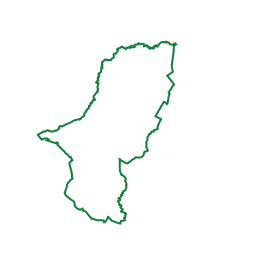 outline of Tancanhuitz, San Luis Potosí, Mexico, rotated 48°
{"feature_id": "50627088B4540713417928", "entity_name": "Tancanhuitz", "entity_type": "district", "adm_level": 2, "iso_a3": "MEX", "parent_name": "Mexico", "parent_adm1": "San Luis Potosí", "projection": "mercator", "projection_center": [-98.957, 21.641], "detail": "fine", "context": "isolated", "style": "outline", "palette": "green", "viewbox_px": 256, "rotation_deg": 48, "n_neighbors": 0, "source": "geoboundaries", "source_scale": "gbopen_adm2", "svg_char_len": 5699}
<svg xmlns="http://www.w3.org/2000/svg" viewBox="0 0 256 256"><g transform="rotate(48 128 128)"><path d="M97.8,37.4L97.4,37.7L97.2,37.1L97.5,36.4L97.3,36.3L96.8,36.2L96.3,37.0L96.2,37.9L96.2,38.8L96.0,39.2L93.6,40.9L93.3,40.9L92.3,40.4L91.7,40.5L90.4,41.9L90.0,41.7L89.6,41.7L89.6,41.9L89.8,42.1L89.4,43.1L88.6,43.1L86.8,45.4L86.5,46.8L86.5,47.9L86.8,49.9L87.3,51.3L85.7,51.5L85.8,51.9L86.3,52.3L86.3,52.5L86.1,52.8L84.9,52.9L84.8,53.6L85.4,53.9L85.0,55.1L86.0,55.5L85.4,56.5L84.7,56.3L84.1,56.9L84.0,57.4L84.2,58.1L84.0,58.3L83.6,57.5L83.0,57.5L82.8,57.8L82.9,58.7L82.6,58.9L82.2,58.2L81.4,58.3L80.8,58.9L80.5,58.3L79.7,58.5L78.8,59.1L79.0,59.5L78.8,60.3L78.4,60.3L78.0,60.7L77.8,61.3L76.6,60.0L76.1,60.2L75.9,60.5L75.3,60.8L74.9,61.2L74.7,62.2L73.3,62.6L72.2,63.5L72.0,63.8L72.0,64.1L72.8,64.4L71.1,66.5L70.6,67.8L71.3,68.8L72.2,68.5L72.1,69.6L69.1,70.3L69.1,70.7L69.9,70.3L70.3,70.3L70.6,70.5L70.4,72.0L69.3,72.2L68.8,72.7L69.2,73.3L68.6,73.5L68.3,73.8L68.2,74.5L67.5,75.1L67.8,76.4L67.7,77.0L65.9,77.2L65.3,77.8L64.7,77.9L64.0,77.8L63.4,78.1L63.2,78.8L63.1,81.0L62.7,81.4L62.2,82.3L62.1,82.9L62.3,83.4L62.8,83.4L63.3,83.2L63.7,83.4L64.0,84.2L64.0,85.8L64.5,86.2L64.6,86.7L64.5,87.5L63.6,88.5L63.5,89.2L63.7,89.5L64.6,90.0L65.3,90.8L65.9,90.9L66.1,92.4L65.6,93.4L65.6,93.8L66.2,94.9L65.7,95.7L65.2,95.9L64.8,96.5L64.8,96.9L64.6,97.2L63.7,97.5L63.8,97.9L63.6,98.1L63.2,98.1L62.4,98.6L62.2,99.1L61.7,99.5L61.6,100.1L61.9,100.6L62.1,102.6L61.6,103.1L61.7,103.4L62.6,104.1L63.6,104.4L63.7,104.7L63.5,104.9L63.7,105.5L64.2,105.6L64.7,105.5L64.9,105.8L64.9,107.1L65.3,107.6L65.6,107.7L66.4,107.2L66.5,107.6L66.2,108.1L66.5,108.5L66.9,108.9L67.0,109.3L67.3,109.7L68.0,110.3L68.4,111.1L67.9,112.7L67.8,113.3L68.0,113.8L68.5,113.7L69.7,114.5L70.0,114.7L69.8,115.4L70.6,115.7L70.5,116.7L70.7,117.2L71.0,117.4L71.1,117.2L71.5,117.3L71.7,117.8L72.1,117.8L72.7,118.1L72.8,118.4L72.4,118.9L72.5,119.4L72.8,119.8L72.7,121.0L72.8,121.2L73.1,121.1L73.3,120.3L73.6,120.1L74.0,120.1L74.4,120.6L74.7,120.5L74.7,120.2L75.1,120.1L75.5,121.0L76.7,122.6L77.0,123.3L79.0,124.2L79.3,125.1L80.9,126.3L80.9,126.5L80.4,126.6L81.4,132.3L82.1,133.0L83.4,133.6L84.7,133.5L85.0,133.8L84.9,134.3L84.5,134.6L83.9,134.6L83.7,134.8L83.8,135.0L84.2,135.2L84.4,135.7L84.3,136.9L85.0,137.5L84.6,137.9L84.5,138.4L85.1,138.5L85.2,138.8L84.6,139.3L84.6,139.6L85.4,140.2L86.0,140.9L85.8,142.0L85.5,142.2L87.2,144.1L86.8,145.0L86.7,146.1L87.2,146.8L87.0,147.2L87.0,147.4L87.1,147.6L87.8,147.8L87.9,148.1L87.7,148.4L87.6,148.9L88.0,149.9L87.9,150.5L88.4,150.9L88.7,151.6L89.5,152.2L89.2,152.5L89.6,153.1L89.1,155.7L89.5,156.5L89.3,156.8L89.5,157.3L89.1,158.0L89.2,158.3L88.9,158.4L88.6,159.0L87.8,159.7L87.8,160.2L86.0,163.6L85.7,166.4L83.8,171.6L83.5,173.4L82.8,175.2L82.6,176.3L81.6,176.7L81.1,177.1L80.9,177.7L81.4,178.8L82.3,179.4L82.1,182.8L81.9,183.0L81.4,183.3L81.2,184.4L80.8,184.9L80.3,186.6L79.6,186.9L78.0,188.4L76.1,189.0L75.5,189.9L75.3,192.0L74.2,192.8L72.7,199.5L74.9,199.8L78.8,199.9L78.7,199.4L79.3,198.4L79.6,197.6L80.6,196.5L81.0,195.6L83.4,194.5L83.6,194.9L83.1,196.4L90.9,191.9L90.7,191.3L90.9,190.7L92.3,190.2L92.7,190.6L93.2,191.7L97.2,191.4L99.8,191.4L101.3,191.1L103.3,191.0L105.2,191.3L106.3,190.8L110.9,190.8L111.1,190.0L111.3,190.0L114.8,191.0L114.4,191.9L114.6,192.5L114.5,193.0L114.7,194.2L115.0,195.3L123.3,199.6L123.6,200.2L124.5,200.3L126.6,202.2L128.6,203.1L128.3,204.3L128.3,206.3L128.7,207.9L128.6,209.0L128.8,209.9L129.4,211.2L130.7,212.7L132.3,215.7L133.1,216.8L133.8,218.5L134.0,218.6L135.9,219.2L137.7,219.2L143.5,218.2L145.8,217.5L147.7,217.7L149.9,219.6L151.6,219.8L154.2,219.5L155.8,218.7L156.8,218.4L157.5,215.7L159.6,216.7L161.6,215.4L162.2,215.3L166.7,215.6L171.4,215.8L171.5,215.0L176.0,212.7L178.2,209.9L179.8,208.8L180.3,208.1L182.1,208.9L182.5,208.5L182.2,206.2L181.2,203.2L180.6,202.4L181.0,202.1L182.0,202.3L184.6,201.9L185.6,202.3L190.3,199.9L193.3,198.1L193.9,197.6L192.5,195.6L193.0,194.4L193.6,193.9L194.4,191.9L193.0,191.5L192.3,191.1L192.9,190.2L191.4,188.8L191.2,188.9L190.5,186.8L190.1,186.8L189.5,187.3L189.3,187.1L189.0,187.5L188.3,187.4L187.9,187.5L186.0,188.9L185.4,189.0L185.0,188.5L185.1,186.5L185.0,186.3L182.0,186.9L181.7,186.6L181.7,185.4L181.4,184.9L180.8,184.7L180.4,184.9L179.6,185.7L179.5,186.0L179.4,186.0L179.1,185.6L177.8,184.8L175.9,184.6L175.7,184.1L175.8,183.3L176.3,182.3L176.2,181.8L173.9,182.0L173.9,181.7L174.3,181.0L174.5,180.4L174.4,179.6L173.9,178.4L173.7,178.2L173.3,178.1L173.9,177.3L173.3,177.2L173.4,176.9L172.3,175.7L172.4,175.2L172.9,174.9L172.3,174.4L172.2,173.7L171.8,173.5L172.5,172.3L172.4,171.4L171.2,169.0L170.4,168.6L169.4,167.5L169.2,167.6L169.1,167.3L169.2,167.2L168.3,166.5L166.9,165.7L165.5,165.7L164.6,164.5L164.7,164.1L163.7,163.3L162.8,163.2L161.8,163.4L161.1,163.3L159.1,163.7L159.1,164.0L158.0,164.2L157.7,164.2L157.6,163.8L156.5,163.5L154.9,162.9L154.0,162.3L151.9,160.6L146.5,155.7L145.6,155.1L146.1,154.9L148.3,154.7L150.0,153.8L151.5,153.5L153.0,152.8L153.9,152.1L154.2,151.6L154.0,149.9L154.5,148.4L154.3,146.5L155.1,144.1L154.9,141.8L157.4,139.7L158.2,138.5L158.8,137.0L158.8,136.1L158.5,134.6L158.1,133.9L156.8,132.0L156.9,130.9L157.5,130.4L158.1,128.4L156.0,127.6L155.0,127.5L153.7,126.6L153.0,125.6L151.8,124.4L150.8,124.1L150.4,123.3L149.8,121.4L147.8,119.7L147.5,117.8L146.6,116.3L147.1,115.8L147.4,114.9L146.7,113.9L146.5,113.1L146.7,112.4L147.9,111.6L147.0,109.8L147.8,108.8L148.6,106.6L147.5,106.0L145.5,102.5L145.1,101.6L143.6,97.5L137.7,99.7L132.5,83.9L133.7,83.3L135.2,82.9L136.2,83.1L136.0,81.8L131.4,76.1L130.4,74.1L129.0,74.2L128.2,72.2L127.7,69.6L126.6,66.7L126.4,64.6L115.3,63.8L115.9,60.3L116.3,57.1L111.3,54.2L101.6,42.8L98.0,39.3L97.6,38.2L97.8,37.4Z" fill="none" stroke="#15803d" stroke-width="2"/></g></svg>